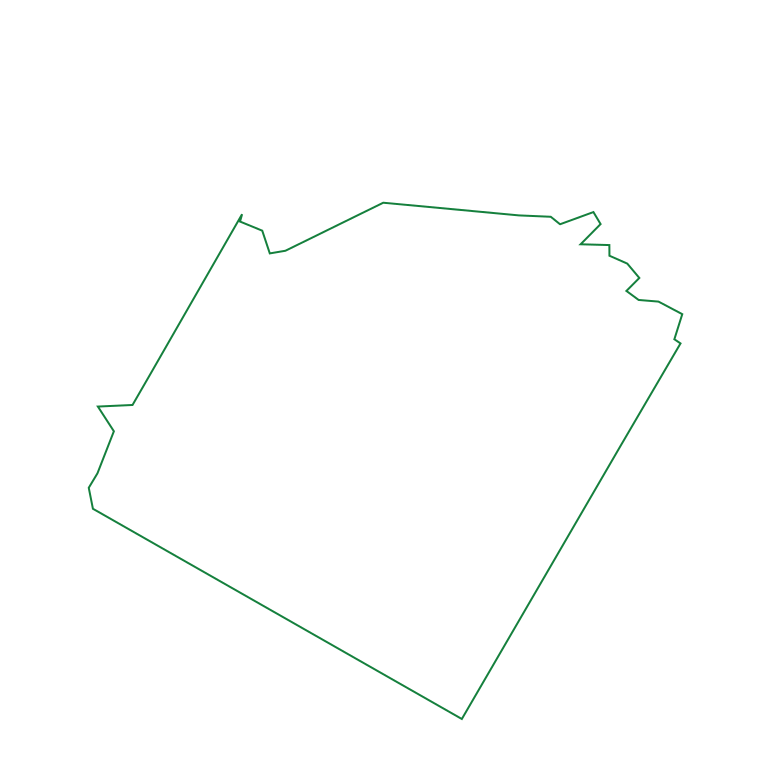 outline of Upshur, Texas, United States of America, rotated 210°
{"feature_id": "52423323B81614927564615", "entity_name": "Upshur", "entity_type": "district", "adm_level": 2, "iso_a3": "USA", "parent_name": "United States of America", "parent_adm1": "Texas", "projection": "equal_earth", "projection_center": [-94.917, 32.71], "detail": "fine", "context": "isolated", "style": "outline", "palette": "green", "viewbox_px": 768, "rotation_deg": 210, "n_neighbors": 0, "source": "geoboundaries", "source_scale": "gbopen_adm2", "svg_char_len": 562}
<svg xmlns="http://www.w3.org/2000/svg" viewBox="0 0 768 768"><g transform="rotate(210 384 384)"><path d="M591.8,460.1L591.3,275.9L591.3,240.1L620.5,221.4L594.3,208.0L587.5,163.4L587.8,146.5L573.7,130.4L149.1,132.8L148.2,448.6L147.5,567.4L154.9,567.9L160.6,593.6L187.5,592.6L205.5,584.1L220.6,585.8L215.9,603.5L233.5,609.9L252.9,607.8L258.3,617.0L283.6,603.3L276.4,630.8L288.6,637.6L311.3,610.5L311.6,610.4L323.2,612.2L351.4,597.5L475.3,540.6L536.0,450.1L548.2,440.0L566.1,455.9L589.9,452.7L591.8,460.1Z" fill="none" stroke="#15803d" stroke-width="2"/></g></svg>